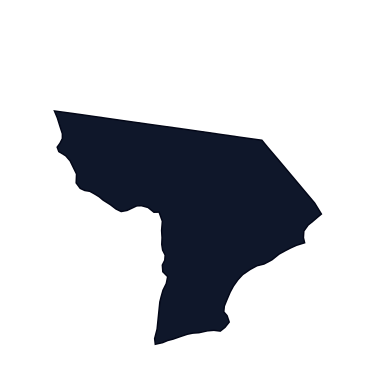 Extremoz, Rio Grande do Norte, Brazil, rotated 62°
{"feature_id": "56859067B66024700668503", "entity_name": "Extremoz", "entity_type": "district", "adm_level": 2, "iso_a3": "BRA", "parent_name": "Brazil", "parent_adm1": "Rio Grande do Norte", "projection": "mercator", "projection_center": [-35.258, -5.677], "detail": "fine", "context": "isolated", "style": "filled", "palette": "ink", "viewbox_px": 384, "rotation_deg": 62, "n_neighbors": 0, "source": "geoboundaries", "source_scale": "gbopen_adm2", "svg_char_len": 1223}
<svg xmlns="http://www.w3.org/2000/svg" viewBox="0 0 384 384"><g transform="rotate(62 192 192)"><path d="M55.9,275.4L63.3,276.1L71.3,277.6L79.7,279.1L84.0,281.4L87.0,285.7L89.1,290.0L93.8,290.6L100.7,286.5L107.3,285.0L121.9,285.5L129.6,290.0L136.3,289.0L140.3,286.0L143.4,281.9L147.7,279.1L152.6,276.2L157.4,274.3L164.9,270.0L171.3,267.1L176.0,263.7L177.8,258.0L178.3,247.3L180.4,243.0L185.0,238.1L192.0,235.1L194.3,230.5L203.9,231.9L211.7,236.9L218.3,239.9L224.1,243.3L229.5,245.2L235.1,245.3L239.5,248.1L242.6,252.5L248.7,255.2L255.3,253.2L260.8,257.7L265.1,263.7L270.0,268.4L274.0,272.0L296.7,287.2L303.9,293.8L309.2,295.9L311.2,288.7L311.7,283.2L313.0,277.8L314.2,270.0L315.4,262.9L317.0,257.5L319.5,251.9L321.8,243.6L324.4,237.6L328.1,232.3L327.0,226.4L324.3,220.2L317.7,219.1L312.7,220.2L307.9,217.0L303.3,211.5L298.3,205.3L294.5,199.6L291.0,192.6L288.7,186.0L287.7,177.1L287.6,169.3L289.4,162.2L289.4,153.2L287.7,144.3L287.6,137.0L287.7,131.1L288.1,124.8L289.7,116.4L284.7,115.1L279.0,111.6L275.7,105.0L274.5,98.8L273.2,93.0L272.2,88.1L259.3,88.9L204.4,100.6L187.2,104.4L179.1,106.0L166.0,124.1L134.6,167.0L113.1,196.7L96.6,219.4L71.1,254.3L55.9,275.4Z" fill="#0f172a" stroke="#020617" stroke-width="1.5"/></g></svg>